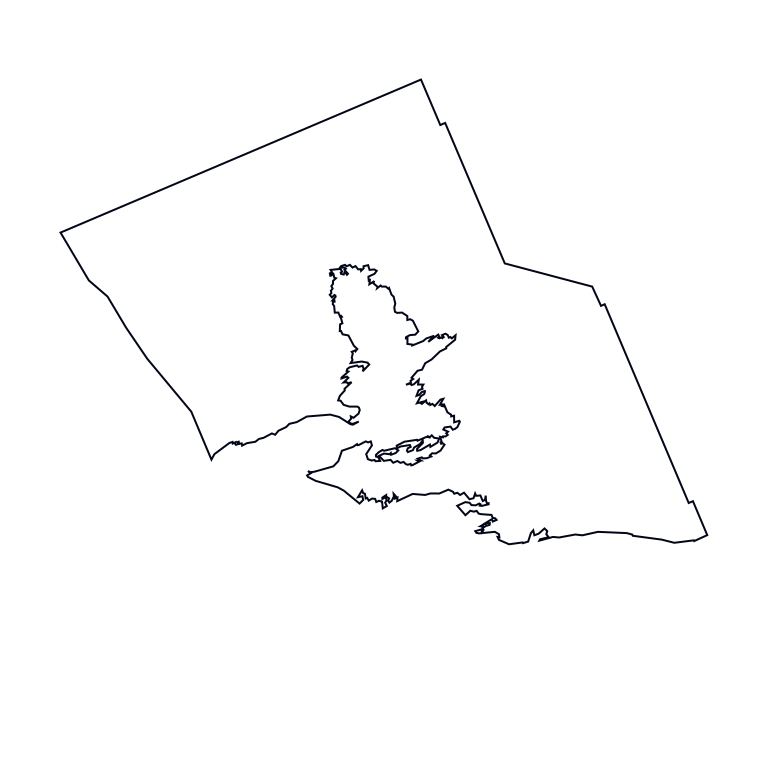 outline of 98, Ar Rayyān, Qatar, rotated 67°
{"feature_id": "91078587B41884610793448", "entity_name": "98", "entity_type": "district", "adm_level": 2, "iso_a3": "QAT", "parent_name": "Qatar", "parent_adm1": "Ar Rayyān", "projection": "mercator", "projection_center": [51.33, 24.623], "detail": "fine", "context": "isolated", "style": "outline", "palette": "ink", "viewbox_px": 768, "rotation_deg": 67, "n_neighbors": 0, "source": "geoboundaries", "source_scale": "gbopen_adm2", "svg_char_len": 6166}
<svg xmlns="http://www.w3.org/2000/svg" viewBox="0 0 768 768"><g transform="rotate(67 384 384)"><path d="M118.2,622.6L173.4,615.2L195.5,604.3L231.3,599.4L268.1,592.1L334.2,572.2L386.2,572.4L382.3,567.5L377.9,549.4L378.1,546.1L379.7,546.5L379.5,541.9L379.7,544.8L382.2,544.0L382.2,541.5L380.3,541.4L380.3,540.3L382.6,540.7L383.0,538.2L385.3,538.7L384.9,533.3L386.9,525.0L385.7,520.5L386.5,516.0L385.7,506.5L388.2,504.0L385.8,499.5L385.4,490.8L383.7,486.7L385.0,479.2L383.8,467.7L391.2,445.4L396.8,438.2L407.9,430.6L409.3,428.5L408.7,421.9L408.5,428.5L406.5,430.8L404.6,431.0L403.0,427.7L400.9,427.2L403.2,425.2L401.3,419.0L398.5,416.5L396.0,416.3L394.4,417.3L391.3,424.7L387.4,429.3L382.4,430.5L381.2,432.6L377.7,429.3L374.6,422.6L373.0,422.2L369.7,413.1L369.1,417.3L367.7,417.7L366.8,420.6L364.4,414.4L362.7,415.2L362.3,421.0L361.5,420.6L358.6,411.9L357.4,413.3L355.8,411.9L355.2,409.0L356.4,401.6L358.3,400.7L358.9,396.6L362.0,396.8L364.0,398.7L360.3,390.0L357.9,390.8L354.6,395.8L351.7,406.5L349.6,403.6L347.2,403.4L343.5,400.7L341.8,401.1L341.8,397.4L342.7,397.4L341.4,394.9L336.9,396.8L325.4,397.8L322.1,402.7L318.4,402.9L318.0,404.0L311.9,401.1L311.9,398.6L305.7,397.7L305.7,396.5L304.5,396.9L304.9,398.1L300.4,398.1L299.1,401.4L292.6,399.4L290.5,400.0L288.5,398.9L288.9,397.3L287.2,396.9L286.8,398.5L284.8,394.4L283.5,394.2L282.7,394.8L283.9,398.1L280.7,399.1L279.8,396.9L277.4,396.4L276.1,394.0L273.3,394.2L272.0,391.9L269.2,390.7L267.9,386.9L266.7,388.2L262.6,387.5L261.8,388.2L263.6,389.8L263.4,391.1L261.0,390.6L261.0,388.2L258.1,388.6L261.0,379.1L264.3,378.6L264.5,380.3L265.9,380.5L267.5,378.3L265.5,376.2L269.0,375.4L268.4,374.1L263.4,375.8L263.0,374.1L261.4,374.9L259.7,379.1L258.7,377.4L259.1,373.3L261.0,372.5L261.0,368.8L264.5,367.5L264.3,364.2L268.4,363.0L269.2,360.5L270.9,360.9L269.6,357.6L267.6,356.8L268.4,352.2L273.3,352.7L274.8,348.1L277.0,346.5L278.9,349.8L279.1,356.4L282.8,357.6L282.8,356.4L286.5,358.5L285.5,352.7L286.9,354.5L292.2,351.9L293.1,352.7L292.0,348.6L293.5,348.0L295.1,344.2L298.0,342.8L297.6,341.8L304.6,342.2L307.4,341.0L314.4,342.2L317.7,344.7L321.8,345.7L323.7,344.1L325.3,339.5L330.5,336.0L334.2,337.5L334.6,334.6L337.0,332.7L349.0,331.9L350.8,335.9L349.1,341.2L349.5,345.4L350.6,346.0L351.0,344.5L356.3,346.8L358.8,342.5L359.6,342.9L359.8,331.3L358.6,327.2L359.2,319.0L362.5,326.8L359.7,314.8L362.1,314.6L362.5,316.1L363.6,315.2L363.6,312.8L364.6,312.4L364.2,310.7L361.7,311.5L361.7,307.8L363.8,306.2L366.7,306.2L366.7,304.5L368.5,303.7L367.1,299.1L371.0,301.2L374.3,312.4L375.5,312.8L375.9,319.8L380.0,330.6L381.0,338.0L385.7,343.4L384.9,347.9L389.0,356.2L390.8,355.2L391.4,358.3L393.3,358.7L393.2,364.1L393.9,359.5L395.7,359.1L395.9,356.6L393.7,350.4L397.8,352.9L399.9,348.0L401.5,350.2L403.5,350.4L403.3,354.6L407.6,358.7L407.8,355.8L406.2,352.5L406.4,349.2L407.2,349.4L408.9,350.9L409.7,355.0L414.6,361.2L415.4,355.8L416.3,357.5L417.1,356.9L415.5,351.7L417.9,352.1L420.0,350.9L419.6,349.7L421.4,349.7L421.2,347.2L424.1,345.9L420.4,338.1L420.8,335.2L424.9,340.6L425.3,338.9L426.6,339.6L427.4,338.5L426.2,338.5L426.2,336.7L434.8,336.7L438.5,334.2L440.1,334.8L440.6,331.9L446.7,334.4L447.3,329.1L448.4,328.9L452.3,333.2L453.1,336.1L452.9,338.6L449.2,339.4L447.7,345.2L449.1,347.2L452.9,343.7L453.7,346.0L455.7,345.2L456.3,347.7L455.3,350.2L456.1,350.6L454.5,353.0L459.8,353.5L459.8,354.7L461.4,354.7L461.5,353.1L463.5,352.0L467.4,358.0L468.2,363.4L466.6,366.7L467.6,369.6L469.2,368.8L469.0,373.7L467.6,377.4L466.3,377.9L465.9,382.0L468.8,379.9L467.5,383.2L469.2,382.0L469.8,389.4L469.6,390.7L467.9,390.7L467.7,393.6L466.3,395.2L463.4,396.4L463.0,399.7L460.1,401.8L460.1,406.3L456.4,407.6L454.7,414.2L448.2,416.6L448.0,411.3L450.8,406.3L450.2,404.7L451.9,405.1L452.1,400.1L450.7,396.8L447.4,398.9L445.5,410.0L444.1,411.2L444.7,415.4L446.1,419.1L447.7,419.7L449.0,417.9L453.3,417.6L451.8,422.0L450.2,422.4L449.6,425.3L446.9,428.2L441.6,427.8L435.8,419.1L431.7,418.6L431.5,421.5L429.7,423.2L430.3,431.0L430.0,432.3L428.8,432.3L429.8,437.2L429.0,448.8L437.2,456.2L440.0,462.8L437.5,482.7L436.3,486.4L434.4,488.0L436.7,486.8L437.3,484.7L438.1,490.5L439.8,490.3L446.5,484.7L461.0,467.0L466.4,462.7L484.5,453.2L482.6,448.5L478.9,447.7L478.0,452.2L473.3,445.7L476.4,445.8L477.6,444.4L482.2,445.6L482.2,444.0L485.4,443.6L484.8,439.8L486.3,437.0L489.6,437.2L489.6,434.1L491.6,431.8L498.0,433.7L497.4,429.1L493.7,429.3L492.1,427.1L488.8,426.6L489.2,430.4L487.9,429.9L487.1,425.4L488.4,426.0L491.2,424.0L493.3,425.8L495.3,425.4L494.5,422.5L491.3,418.8L488.8,418.0L492.9,416.7L492.7,418.4L493.7,418.8L493.7,415.9L497.0,417.6L496.4,400.6L502.2,389.5L502.9,384.1L506.4,375.9L506.4,366.0L510.3,362.5L512.4,362.3L512.8,359.0L515.9,357.3L515.3,352.8L523.5,350.3L524.1,346.2L520.4,342.9L522.9,342.9L524.3,338.8L530.3,338.8L530.1,336.3L526.5,334.0L531.3,335.7L534.2,335.9L534.6,334.3L535.6,334.7L534.4,341.7L533.4,343.3L532.5,342.1L531.3,342.9L531.5,347.1L529.6,350.8L526.8,351.6L524.5,355.3L524.7,364.2L536.6,360.3L534.4,354.1L536.6,351.2L537.0,348.3L540.3,347.5L541.8,345.4L546.5,336.2L549.8,336.2L551.1,334.1L553.1,333.5L553.1,337.6L550.6,337.6L551.6,344.6L553.5,340.9L554.9,341.8L554.7,344.2L552.0,346.3L552.6,350.8L554.7,347.1L555.1,349.6L557.2,349.4L558.8,351.7L555.9,351.3L555.1,357.5L557.1,357.1L558.6,355.0L563.4,339.7L567.2,336.9L570.2,337.7L569.2,339.2L572.4,339.1L580.4,331.5L584.0,318.3L584.8,318.3L585.4,312.9L578.7,307.1L577.0,303.8L582.0,304.7L582.2,300.1L579.7,292.7L583.2,291.2L585.7,293.3L589.4,292.3L587.9,301.0L588.9,302.2L590.8,288.2L593.7,282.8L597.3,266.7L600.8,260.5L603.7,244.8L616.1,218.8L619.6,214.3L620.9,214.3L635.8,189.1L643.6,178.8L649.0,159.8L649.8,159.8L649.4,145.5L612.6,145.4L612.6,150.0L396.8,149.7L396.9,153.7L375.7,154.3L320.2,225.7L167.6,225.7L167.6,231.0L118.2,231.0L118.2,622.6ZM458.8,357.6L455.7,354.5L453.2,358.8L449.9,360.1L450.8,362.5L449.9,363.4L450.7,363.4L449.3,365.4L449.3,375.3L448.3,375.3L445.1,387.7L445.7,396.4L448.2,396.8L448.0,393.1L450.3,384.0L452.3,384.0L452.5,387.3L454.4,389.0L456.0,388.6L456.2,383.2L454.2,381.1L453.4,374.5L451.1,370.4L453.4,371.2L456.7,379.1L458.5,379.5L459.1,376.2L457.7,365.4L460.0,365.9L458.8,357.6Z" fill="none" stroke="#020617" stroke-width="2"/></g></svg>